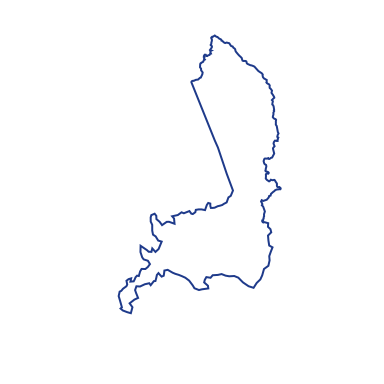 Zacharia, Paphos, Cyprus (Natural Earth projection), rotated 324°
{"feature_id": "46923920B76553636129870", "entity_name": "Zacharia", "entity_type": "district", "adm_level": 2, "iso_a3": "CYP", "parent_name": "Cyprus", "parent_adm1": "Paphos", "projection": "natural_earth1", "projection_center": [32.548, 34.988], "detail": "fine", "context": "isolated", "style": "outline", "palette": "blue", "viewbox_px": 384, "rotation_deg": 324, "n_neighbors": 0, "source": "geoboundaries", "source_scale": "gbopen_adm2", "svg_char_len": 4888}
<svg xmlns="http://www.w3.org/2000/svg" viewBox="0 0 384 384"><g transform="rotate(324 192 192)"><path d="M256.0,102.9L240.7,163.8L239.1,171.3L230.8,197.7L226.0,214.9L221.1,217.9L218.3,217.8L213.9,220.8L210.6,220.3L208.9,220.3L206.8,219.6L204.4,218.6L201.1,218.0L199.3,217.0L197.9,216.0L198.6,214.1L200.0,212.1L198.7,210.4L196.4,211.2L191.9,214.3L189.5,211.7L187.0,209.9L184.6,208.7L182.8,210.3L179.7,210.3L178.7,209.1L178.7,205.9L172.9,204.4L171.6,202.3L167.0,202.3L161.7,200.0L161.9,202.9L159.2,207.4L155.9,202.6L154.0,201.3L148.3,201.2L148.3,197.1L147.3,193.0L149.1,190.3L149.0,187.6L145.5,186.8L143.6,188.3L141.2,191.7L140.5,195.2L137.1,199.9L135.4,203.6L136.5,206.6L136.1,211.4L138.3,214.3L131.5,218.5L127.2,219.0L126.7,214.3L124.0,216.6L121.8,214.8L121.4,212.6L118.8,205.3L115.0,210.3L113.3,215.6L113.3,218.1L115.9,221.7L115.6,225.6L112.2,226.7L109.0,226.9L106.0,224.6L103.3,225.8L99.6,228.7L98.4,227.4L96.2,227.8L94.3,229.0L92.3,230.0L89.5,228.3L92.0,226.1L89.4,225.2L86.8,225.3L85.2,228.8L83.5,229.7L79.3,229.7L76.7,230.4L74.9,230.1L71.5,233.1L69.9,237.6L67.5,244.1L65.7,244.3L66.4,247.2L69.0,251.2L71.3,254.1L76.1,250.2L76.1,245.4L82.2,245.2L86.1,246.0L87.4,240.8L88.3,237.9L91.6,235.6L94.4,237.9L99.6,238.9L103.8,240.7L103.8,243.1L108.7,241.7L110.1,242.5L112.6,240.5L114.8,238.5L117.2,237.9L117.4,240.4L117.7,242.6L119.9,243.1L121.8,241.2L123.5,239.3L126.6,240.7L128.9,245.9L130.4,248.4L132.6,251.3L134.4,254.2L136.2,257.4L137.6,262.0L137.7,268.0L137.4,271.3L140.0,275.4L142.9,276.6L148.5,279.6L149.8,277.2L148.7,272.3L150.7,270.6L153.6,269.3L156.6,272.3L159.8,271.5L164.2,274.3L167.7,275.8L170.0,279.4L172.6,282.1L176.8,284.8L179.1,288.5L180.1,295.1L182.4,301.5L185.5,305.7L190.9,303.6L195.9,302.9L199.8,300.7L205.0,296.6L210.4,296.6L214.6,292.9L216.8,289.3L220.4,286.8L224.6,284.1L223.0,280.7L225.3,276.2L227.9,271.9L232.4,271.2L233.6,268.2L233.0,264.8L235.3,262.0L232.8,258.9L231.8,258.6L231.5,258.0L231.6,256.9L232.1,256.3L232.9,256.7L234.1,255.5L234.4,255.5L235.3,254.4L236.0,254.1L237.2,252.3L239.5,250.6L241.0,245.6L240.7,243.8L241.7,243.3L242.0,242.6L242.3,240.3L243.6,239.6L244.4,241.1L246.1,241.6L247.9,242.2L250.9,241.5L252.0,240.6L253.4,241.1L254.9,239.9L255.1,239.9L258.1,239.6L259.1,239.7L260.0,239.4L261.8,239.7L264.6,241.3L265.1,241.7L265.6,241.5L265.9,241.1L265.9,240.6L265.7,239.8L265.6,239.3L264.4,238.6L264.1,238.1L264.2,237.2L264.7,236.3L265.5,235.4L265.7,234.6L265.7,233.0L265.9,231.4L265.8,230.7L265.5,230.4L264.8,230.2L264.0,229.7L263.8,229.5L263.0,228.4L262.0,228.7L261.0,228.8L260.6,228.7L259.7,226.2L259.6,224.5L261.2,222.6L262.1,221.2L262.5,221.0L263.6,221.2L264.5,222.0L265.3,221.7L265.4,221.2L265.2,220.4L263.8,218.6L263.9,217.9L264.6,217.4L265.3,216.6L267.1,215.1L267.7,214.0L267.8,213.5L267.3,212.5L267.2,211.7L267.4,210.8L268.1,209.1L269.3,208.2L270.2,207.7L270.7,207.8L272.2,209.0L273.5,209.4L273.3,210.0L273.7,210.5L274.1,210.8L275.9,210.8L277.1,211.2L281.1,209.2L283.0,204.5L283.6,204.0L285.7,203.5L286.4,200.8L287.5,199.8L288.6,199.4L289.3,199.2L289.8,199.6L290.4,200.4L291.3,201.0L291.5,200.7L291.5,200.2L292.8,199.6L293.0,199.1L293.8,198.7L293.4,197.5L294.9,196.2L296.4,195.5L296.7,193.9L299.3,188.5L299.4,186.8L300.7,185.1L301.5,183.9L302.4,183.1L302.4,182.1L301.7,181.2L301.4,180.0L301.4,178.9L302.1,178.2L303.4,177.2L303.9,176.6L304.3,175.8L304.7,175.5L306.1,174.8L306.2,174.4L306.2,174.0L306.8,173.7L308.3,170.8L308.6,169.6L308.4,168.4L309.3,167.4L310.5,166.4L310.8,166.0L310.7,164.6L312.2,164.3L314.0,164.1L314.3,163.4L314.5,161.6L314.6,158.5L316.3,157.0L316.3,154.6L316.0,153.7L316.5,152.6L317.5,151.5L317.6,150.2L317.0,149.0L316.6,147.9L316.6,147.3L316.8,147.3L318.3,145.2L317.9,144.5L317.7,143.9L317.0,142.5L316.9,140.8L317.6,139.2L318.3,138.5L318.2,136.8L317.5,135.1L316.8,133.1L316.2,127.2L315.4,125.8L314.6,124.6L313.8,123.8L312.2,121.0L312.0,120.1L312.3,119.3L312.7,118.4L312.5,117.7L311.8,117.0L310.8,116.4L310.1,115.5L310.4,114.3L311.0,112.8L310.8,111.8L310.8,111.1L310.6,110.6L310.4,109.5L310.2,107.8L310.0,104.7L310.1,103.4L310.8,102.0L310.8,101.1L310.3,99.6L310.4,98.1L309.8,97.4L309.4,96.6L309.6,93.6L307.9,91.5L306.4,91.0L305.9,90.2L305.6,89.1L305.4,87.8L304.8,86.8L305.2,86.1L305.0,85.3L304.2,84.0L303.7,81.5L303.0,80.8L302.4,78.8L300.7,78.7L299.6,78.3L299.3,78.7L298.6,78.4L298.1,78.6L297.6,80.6L296.9,81.4L295.4,82.6L294.7,83.5L293.5,84.0L293.5,84.4L293.8,85.7L293.5,86.2L293.1,86.6L291.8,87.1L289.9,87.7L289.9,88.1L290.7,89.0L289.8,88.9L289.1,89.5L288.7,91.2L287.8,90.9L286.8,91.4L285.3,90.9L284.3,91.0L283.8,90.6L283.8,89.0L283.0,88.4L282.3,88.6L281.5,89.0L281.0,89.6L281.5,90.1L280.1,91.3L280.2,92.4L279.0,92.3L277.6,93.2L275.4,92.9L275.2,93.1L274.3,93.0L273.6,93.6L271.8,95.8L271.8,97.6L270.9,98.9L270.9,101.5L269.6,102.8L266.4,104.6L265.5,104.3L263.0,104.6L261.0,103.5L259.9,103.3L258.7,103.1L258.4,102.7L257.4,102.3L256.6,102.4L256.1,102.7L256.0,102.9Z" fill="none" stroke="#1e3a8a" stroke-width="2"/></g></svg>